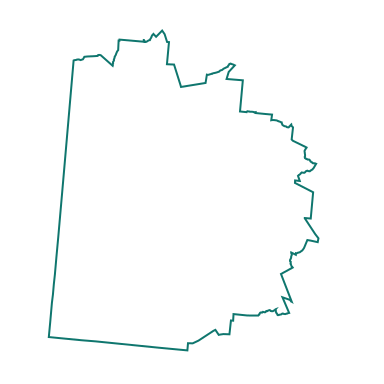 outline of Ascensión, Chihuahua, Mexico, rotated 275°
{"feature_id": "50627088B24578642235400", "entity_name": "Ascensión", "entity_type": "district", "adm_level": 2, "iso_a3": "MEX", "parent_name": "Mexico", "parent_adm1": "Chihuahua", "projection": "albers", "projection_center": [-107.265, 31.252], "detail": "fine", "context": "isolated", "style": "outline", "palette": "teal", "viewbox_px": 384, "rotation_deg": 275, "n_neighbors": 0, "source": "geoboundaries", "source_scale": "gbopen_adm2", "svg_char_len": 5879}
<svg xmlns="http://www.w3.org/2000/svg" viewBox="0 0 384 384"><g transform="rotate(275 192 192)"><path d="M312.7,62.6L179.3,62.7L148.4,62.7L135.4,62.7L115.7,62.6L97.7,62.6L88.4,62.4L77.9,62.4L69.4,62.1L49.4,62.1L35.0,62.0L34.7,95.1L34.8,108.8L34.0,171.7L33.8,201.2L41.0,201.2L41.3,205.9L44.5,211.4L55.6,225.5L56.7,227.3L52.0,231.1L52.4,232.3L53.2,235.7L53.5,241.7L67.4,242.0L67.4,244.2L74.0,244.0L73.8,257.9L74.7,268.8L75.1,269.0L75.5,269.2L75.8,269.4L75.7,269.7L75.8,269.8L76.2,269.9L76.4,269.8L76.8,270.0L77.3,270.2L77.4,270.3L77.5,270.4L77.8,270.6L77.9,270.8L77.9,271.0L78.0,271.2L77.9,271.4L78.1,271.8L78.0,272.0L78.1,272.4L78.1,272.6L78.8,273.1L78.5,275.0L78.6,275.3L78.7,275.6L79.0,275.8L79.2,276.0L79.5,276.0L79.9,276.5L80.0,276.7L79.9,277.4L80.0,277.5L80.7,278.4L80.8,279.1L81.1,279.5L81.0,280.1L80.6,280.7L80.3,280.9L80.3,281.1L80.2,281.7L80.3,282.9L80.5,283.2L81.8,284.9L82.4,285.4L82.5,285.6L82.2,285.4L81.9,285.6L81.4,285.8L80.5,285.9L80.2,285.9L79.9,286.0L79.4,286.4L79.1,286.4L78.8,286.6L78.6,286.9L77.8,287.5L77.5,287.7L77.1,287.8L76.8,288.2L76.8,288.5L77.0,288.9L77.2,289.3L77.2,289.7L77.4,290.0L77.9,291.7L78.5,292.2L78.8,292.7L78.7,293.2L78.8,293.4L78.8,293.5L78.6,293.9L78.5,294.2L78.5,295.6L78.9,296.5L79.1,296.7L79.2,297.5L79.6,298.1L80.0,299.3L95.0,291.3L93.1,298.8L92.7,299.4L91.7,300.2L91.5,300.4L91.5,300.7L91.4,300.9L118.1,287.8L125.5,298.9L126.1,298.4L126.2,298.0L126.3,297.9L126.5,297.9L126.8,297.6L127.7,297.2L128.3,296.9L128.6,296.8L128.9,296.5L129.2,296.6L129.4,296.4L129.8,296.5L130.4,296.4L130.9,296.5L131.2,296.4L131.5,295.8L132.0,295.6L133.2,295.7L133.8,296.0L134.0,296.2L134.3,296.3L134.7,296.3L135.5,296.5L136.0,296.4L136.6,296.5L136.8,296.5L137.5,296.8L138.1,296.9L138.4,296.8L139.3,296.5L139.5,296.5L139.8,296.2L140.2,296.1L140.4,296.1L138.5,300.9L140.0,300.9L139.9,301.3L140.0,301.5L140.1,301.8L140.6,302.4L140.9,303.4L141.2,304.0L141.3,304.5L141.5,304.8L142.7,306.1L143.2,306.8L143.7,307.1L143.9,307.3L145.6,308.3L146.3,308.6L154.2,311.1L153.9,314.6L153.0,321.6L156.9,322.0L160.8,318.4L175.7,306.6L175.9,306.6L175.9,312.6L202.3,312.7L210.0,293.8L212.5,293.7L212.4,298.4L217.3,296.2L217.5,296.4L217.6,296.5L218.1,296.8L218.3,297.0L218.4,297.3L219.0,298.0L219.6,298.5L220.1,298.7L220.2,298.9L220.6,299.3L221.0,299.6L220.9,300.2L221.0,300.7L220.9,301.5L220.9,302.1L221.0,302.3L221.2,302.6L221.6,302.9L221.7,303.1L222.1,303.3L222.6,303.7L222.8,304.0L223.3,305.0L223.1,305.5L222.9,305.9L223.0,306.6L222.9,307.1L222.9,307.5L223.1,307.7L223.2,307.9L223.7,308.2L223.9,308.4L224.1,309.0L224.6,309.5L225.0,310.1L225.5,310.3L226.3,311.0L230.9,313.2L231.1,312.5L231.2,312.3L231.3,312.0L231.3,311.6L231.1,311.1L231.2,310.8L231.3,310.3L231.2,309.9L231.4,309.5L231.8,309.3L232.0,309.1L232.1,308.6L232.2,308.3L232.4,308.0L232.6,307.6L232.9,307.5L233.0,307.2L233.6,306.9L234.3,306.3L234.4,306.1L234.4,305.9L234.5,305.8L234.5,305.4L234.5,305.2L234.4,304.7L234.4,304.3L234.8,303.8L234.8,303.3L234.8,303.1L234.9,302.8L235.3,302.5L235.4,302.0L235.5,301.9L235.6,301.6L236.0,301.3L235.9,301.5L236.1,301.5L236.7,301.2L236.9,301.3L237.4,301.5L237.9,301.5L239.4,301.3L240.3,301.0L240.8,301.0L241.7,300.7L242.4,300.6L243.0,300.6L244.9,301.5L245.1,301.6L245.3,301.7L246.0,302.2L246.3,302.3L246.6,301.6L251.8,288.1L253.0,286.7L265.1,287.0L265.7,286.5L266.3,285.6L267.1,285.2L267.9,285.0L267.8,284.9L267.5,284.9L267.2,284.4L266.9,284.3L266.5,284.2L266.1,283.5L265.5,283.3L265.4,283.1L264.8,282.6L264.8,282.3L264.8,281.5L264.9,280.8L265.4,280.2L265.5,280.0L265.6,279.0L265.6,278.5L265.7,278.1L265.9,277.9L266.3,276.9L266.7,276.3L266.9,276.1L267.3,276.0L267.7,275.8L267.9,275.6L268.5,275.5L268.7,275.3L269.2,275.2L269.2,274.6L269.6,273.8L269.7,273.4L269.8,272.9L270.1,272.1L270.0,271.9L270.3,271.1L270.5,270.8L270.7,270.0L270.8,267.5L270.6,265.4L270.4,264.7L276.1,265.0L276.1,258.7L276.2,248.4L277.1,248.4L277.0,248.1L276.9,247.6L276.8,247.3L277.0,246.9L276.9,246.7L276.9,246.4L277.1,246.1L277.2,245.6L277.1,243.8L277.0,242.7L277.2,242.3L277.2,242.2L277.1,241.9L277.2,241.2L277.2,240.7L277.3,240.4L276.8,239.5L276.3,239.4L276.4,232.8L307.7,232.9L307.6,216.6L314.8,218.1L321.9,223.6L322.1,223.0L322.4,222.5L322.4,222.3L322.7,221.4L322.9,220.2L323.0,220.1L323.1,219.8L323.3,219.3L323.2,219.0L322.9,218.8L322.8,218.4L322.8,218.1L321.8,217.7L321.4,217.3L320.7,217.0L320.5,216.8L320.2,216.7L319.9,216.7L319.7,216.2L319.3,215.7L318.9,214.9L318.5,214.3L317.5,212.6L316.8,212.0L316.2,211.3L316.0,211.0L315.9,210.5L315.5,209.6L314.7,208.8L314.4,208.7L314.2,208.3L314.0,208.0L313.9,207.6L313.4,206.6L313.3,206.2L312.8,205.1L312.8,204.8L312.4,203.8L312.3,203.2L312.1,202.6L311.5,201.8L311.6,201.5L311.6,201.4L311.2,200.8L310.8,199.6L310.6,199.2L310.4,198.7L310.1,197.8L310.1,197.2L310.2,196.6L301.8,196.0L298.3,182.2L295.7,171.9L297.8,171.1L317.4,163.0L317.1,155.9L339.3,156.0L339.3,154.1L346.3,151.2L346.8,151.0L350.2,148.2L343.5,142.7L346.1,139.8L345.3,139.3L345.0,138.9L344.6,138.7L344.4,138.7L344.2,138.5L343.3,138.1L343.1,138.1L342.7,138.1L341.8,137.7L341.3,137.4L340.5,137.0L340.2,137.0L339.9,137.0L339.6,136.8L339.6,136.4L339.2,135.5L337.8,133.7L337.4,132.7L337.3,131.8L337.5,131.8L337.6,131.7L338.2,131.7L338.3,131.5L338.5,131.2L339.0,131.0L339.2,130.9L339.2,130.7L337.5,130.7L337.5,106.5L336.4,106.5L336.4,105.7L326.9,106.1L325.9,105.4L325.3,105.1L325.1,105.0L324.9,105.0L324.5,104.8L323.7,104.6L322.8,104.3L322.1,104.2L321.3,103.8L319.7,103.1L319.4,103.2L319.0,103.2L318.5,103.0L318.1,102.9L317.0,102.6L316.6,102.8L316.0,102.7L315.8,102.6L315.4,102.4L314.9,102.2L314.7,102.0L314.5,101.9L313.4,102.2L312.5,101.9L312.1,102.0L311.9,101.9L311.3,102.1L310.8,102.0L320.3,89.2L320.5,88.0L320.4,87.1L320.0,86.3L319.9,86.3L319.5,86.3L319.3,86.0L318.7,82.2L317.9,76.1L317.3,73.0L317.2,72.9L316.3,72.6L315.8,72.3L314.7,71.8L313.7,69.5L314.2,67.7L314.0,66.8L314.0,66.1L313.6,65.3L313.4,64.9L313.1,63.5L312.9,62.9L312.7,62.6Z" fill="none" stroke="#0f766e" stroke-width="2"/></g></svg>